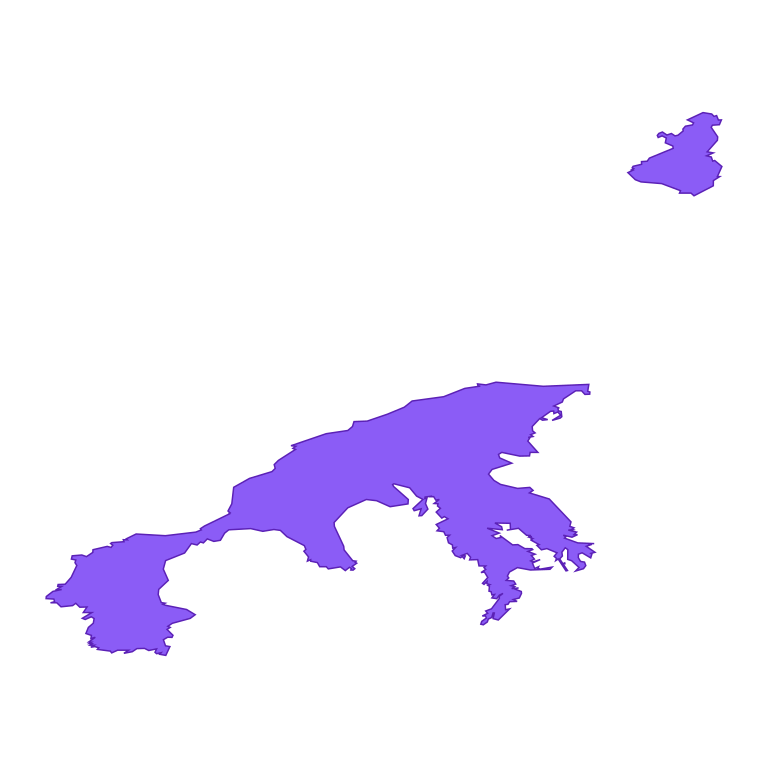 the district of Værøy nor, Norway
{"feature_id": "86288312B52145854471889", "entity_name": "Værøy nor", "entity_type": "district", "adm_level": 2, "iso_a3": "NOR", "parent_name": "Norway", "parent_adm1": "", "projection": "robinson", "projection_center": [12.676, 67.694], "detail": "fine", "context": "isolated", "style": "filled", "palette": "violet", "viewbox_px": 768, "rotation_deg": 0, "n_neighbors": 0, "source": "geoboundaries", "source_scale": "gbopen_adm2", "svg_char_len": 6083}
<svg xmlns="http://www.w3.org/2000/svg" viewBox="0 0 768 768"><path d="M543.3,386.3L496.0,382.2L486.0,384.9L477.5,383.9L478.0,385.9L480.3,386.1L464.8,388.4L443.7,396.7L412.1,401.0L404.3,407.2L387.4,414.2L367.2,421.1L354.0,421.6L352.5,426.5L347.8,430.5L326.2,433.7L291.0,445.7L295.8,446.3L292.9,448.4L295.5,449.4L278.4,460.4L274.2,464.6L275.2,468.4L272.0,471.6L249.5,478.4L233.7,487.3L231.8,503.8L228.0,511.0L230.1,512.8L228.5,513.5L230.4,513.4L204.5,526.0L200.4,528.7L201.3,529.9L195.8,532.1L165.4,535.7L136.1,534.0L126.3,538.8L127.3,539.8L123.3,539.7L124.0,541.7L111.9,542.6L110.6,543.5L112.8,545.2L111.1,547.4L107.2,546.4L93.0,549.7L92.8,552.4L86.5,556.6L81.8,555.0L72.2,555.8L71.4,559.1L75.8,560.0L75.0,562.7L76.8,565.5L71.2,577.3L65.2,584.2L58.1,584.5L57.7,586.4L61.6,586.5L55.5,590.1L61.7,589.5L52.9,591.4L46.3,596.5L46.1,598.6L53.9,599.1L54.6,601.7L50.5,602.8L56.8,602.8L61.0,606.8L72.6,605.6L75.8,603.3L79.8,607.2L87.0,607.0L83.3,612.5L91.8,612.6L82.3,618.3L85.2,619.5L91.3,616.8L94.1,618.5L93.3,623.2L88.4,627.4L85.9,633.5L91.4,635.4L90.9,638.5L95.3,637.3L88.7,642.0L91.5,642.2L89.2,643.6L92.0,643.8L90.0,645.2L94.2,645.2L90.8,647.2L94.9,646.6L98.7,647.8L97.4,649.4L110.3,651.1L111.7,652.9L117.6,650.2L128.5,650.2L123.9,653.3L132.3,651.7L136.9,648.6L144.5,648.4L148.8,650.5L156.6,648.9L155.0,652.3L156.6,653.7L161.1,652.7L159.7,654.3L165.8,655.4L169.9,646.6L165.5,645.8L163.4,639.7L167.7,637.2L172.0,637.4L173.0,635.3L167.0,629.4L170.2,627.4L167.8,626.3L172.3,623.3L190.2,618.4L195.2,614.7L186.6,609.5L165.6,605.3L162.9,604.3L165.1,603.2L161.3,602.6L158.2,594.6L158.7,589.4L168.3,580.4L163.3,569.1L165.6,560.6L184.6,553.0L191.4,543.6L197.1,545.0L200.4,542.0L203.4,542.9L207.3,538.9L213.8,541.4L220.4,540.3L224.6,533.2L228.8,529.8L250.7,528.6L262.8,531.3L273.9,529.5L280.4,530.4L286.9,536.6L304.3,545.6L305.9,549.4L303.9,551.2L308.5,556.9L307.4,561.1L310.7,559.7L310.7,561.2L317.4,562.6L319.7,566.7L326.3,566.7L328.3,568.9L340.5,566.9L345.3,570.6L349.4,567.3L351.4,568.5L350.8,570.0L353.1,570.1L354.8,568.7L352.2,566.4L356.7,563.2L355.2,562.3L356.1,561.2L352.7,560.7L344.1,549.9L343.7,546.2L334.4,526.4L334.1,522.5L347.8,507.8L366.3,499.5L376.6,500.7L390.1,506.7L408.0,503.9L408.3,499.5L393.6,486.5L392.6,484.5L394.0,483.8L409.7,487.8L416.6,496.1L422.9,499.4L413.0,508.6L414.2,510.7L421.1,508.8L419.0,515.8L421.8,515.6L427.9,509.1L425.5,503.6L426.9,498.3L424.8,498.6L425.1,497.0L432.1,496.1L431.2,496.7L433.7,496.7L435.8,500.1L439.3,499.4L434.1,503.5L438.0,503.8L437.5,506.0L440.4,508.3L436.2,512.1L441.8,518.1L444.3,516.6L448.0,518.8L436.2,524.5L439.4,528.2L437.0,530.8L443.8,531.7L445.5,535.3L449.6,535.2L447.1,537.6L448.5,542.8L452.4,544.9L452.7,548.1L455.6,547.5L452.2,551.0L455.2,555.6L460.7,557.7L462.1,556.4L464.2,558.7L465.3,555.9L462.0,555.3L467.2,553.4L470.6,557.2L469.6,559.9L477.7,559.6L479.0,565.9L485.7,566.0L484.0,567.6L485.7,569.4L481.0,572.6L484.4,572.0L487.8,577.5L482.5,583.3L484.0,584.4L487.1,581.4L486.9,583.7L489.8,584.6L487.9,585.4L489.4,586.3L489.0,591.2L491.1,591.7L491.9,594.9L494.5,594.5L491.9,597.9L496.7,598.7L499.3,595.2L503.0,593.4L499.2,596.3L499.4,598.3L491.5,608.8L485.7,611.0L487.7,613.3L482.3,616.0L485.5,616.0L486.4,618.0L481.7,621.4L480.8,624.2L483.3,624.8L487.3,622.0L488.3,619.1L491.7,617.5L493.1,612.9L494.3,613.0L493.1,618.6L498.3,620.0L509.6,608.9L505.6,609.7L505.2,604.7L508.0,604.3L509.6,601.7L517.1,601.4L513.3,599.5L519.3,598.0L521.5,593.4L521.3,591.5L514.5,588.9L518.6,587.9L511.7,588.6L514.7,586.6L511.1,585.7L515.7,584.1L513.7,581.0L506.2,580.4L508.8,577.9L507.4,576.1L509.5,572.0L517.4,567.6L530.4,570.0L550.0,569.3L552.1,567.1L540.3,569.1L537.9,568.3L538.6,566.7L534.7,568.5L532.4,563.0L540.2,559.6L533.0,561.9L530.7,560.9L534.4,559.1L531.4,555.5L535.1,554.2L527.9,551.4L532.7,549.6L531.9,548.7L524.8,548.6L517.9,544.6L512.6,544.9L499.9,535.5L501.3,537.4L496.1,538.5L492.0,535.7L499.3,533.1L487.1,528.2L502.3,529.7L501.6,526.7L494.9,523.0L510.2,523.3L510.5,529.5L506.7,530.2L518.5,528.3L526.6,535.3L530.9,535.5L528.2,536.0L531.9,536.7L529.3,537.3L532.4,538.4L531.3,538.7L532.2,540.1L530.4,539.8L539.1,544.6L536.9,545.4L541.4,549.8L546.9,548.6L557.0,552.8L554.1,556.3L556.5,558.4L555.7,560.6L558.2,559.0L566.0,570.9L567.5,570.5L563.0,563.8L564.9,563.7L564.7,562.9L562.9,563.7L559.7,558.9L562.4,556.0L561.9,552.2L565.2,547.8L567.8,549.6L567.7,559.4L571.6,560.7L579.0,567.4L575.6,571.0L583.5,568.7L585.8,565.6L584.5,562.1L580.5,561.4L578.3,557.6L578.4,554.2L582.1,552.8L590.7,557.9L591.9,554.1L590.9,553.4L595.0,552.3L586.2,546.3L591.8,544.4L587.8,543.8L594.2,543.6L577.8,542.9L564.5,538.1L565.8,536.8L563.3,535.2L572.0,537.2L577.5,534.7L574.1,534.5L576.6,532.1L568.3,530.1L573.2,529.6L572.1,529.1L574.0,527.8L569.8,526.3L571.0,521.9L549.3,499.0L529.4,492.9L533.1,490.4L529.8,487.4L517.6,488.4L500.5,484.4L493.9,480.4L488.5,474.1L492.1,469.4L511.8,463.2L499.7,457.9L498.5,454.4L501.8,452.4L519.7,456.1L529.5,455.9L530.1,452.4L537.9,452.4L527.8,441.1L530.0,437.6L528.2,437.4L533.0,436.5L530.6,434.7L535.1,432.9L532.6,430.8L532.2,426.5L539.7,418.6L542.5,420.2L547.7,419.6L541.5,417.7L550.6,411.3L553.7,411.1L553.9,413.6L557.8,412.0L560.7,415.2L552.1,420.4L560.2,418.1L561.8,416.7L561.2,411.5L558.4,410.8L557.9,408.2L559.3,408.0L553.8,406.0L562.3,402.0L563.5,398.9L575.7,390.8L581.6,390.8L584.9,394.4L589.7,394.2L589.9,392.0L587.7,391.3L588.8,384.4L543.3,386.3ZM703.0,112.6L687.4,119.9L693.6,122.9L692.5,124.9L685.4,126.2L682.9,129.1L683.2,130.9L678.0,135.2L675.0,135.9L671.4,133.5L666.9,135.0L662.4,132.0L658.9,133.4L657.3,135.4L658.2,137.5L662.1,135.9L666.3,138.0L665.3,142.8L672.8,146.0L673.2,148.3L649.4,158.1L647.2,161.2L641.5,161.6L641.6,164.3L633.1,166.3L632.2,167.8L633.7,168.7L631.7,169.8L632.9,170.2L627.9,172.6L635.3,179.7L641.0,181.9L661.7,183.6L680.5,190.7L679.5,193.1L691.0,193.1L694.0,195.8L713.3,185.8L713.4,180.6L719.7,176.6L717.4,176.5L721.9,166.5L714.7,160.5L712.7,161.1L711.3,157.0L706.6,155.8L713.3,152.9L707.2,151.8L717.4,140.3L717.7,136.9L711.2,127.3L712.4,125.2L719.4,124.7L721.4,119.9L718.4,120.0L716.6,115.6L714.0,116.4L711.7,114.0L703.0,112.6Z" fill="#8b5cf6" stroke="#5b21b6" stroke-width="1.5"/></svg>